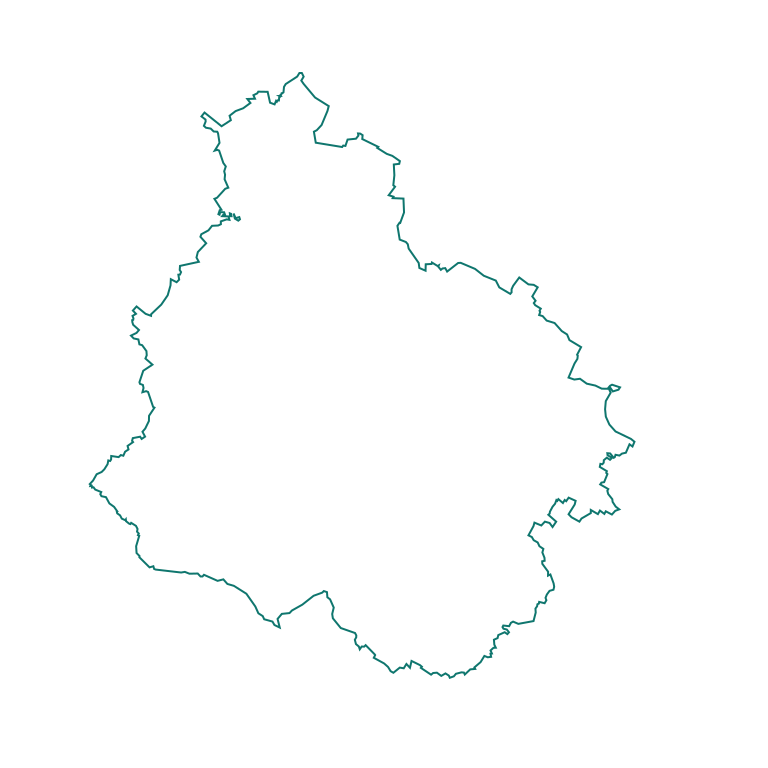 outline of Ratoath Lea-7, Meath, Ireland, rotated 17°
{"feature_id": "5873133B53714472852508", "entity_name": "Ratoath Lea-7", "entity_type": "district", "adm_level": 2, "iso_a3": "IRL", "parent_name": "Ireland", "parent_adm1": "Meath", "projection": "orthographic", "projection_center": [-6.561, 53.483], "detail": "fine", "context": "isolated", "style": "outline", "palette": "teal", "viewbox_px": 768, "rotation_deg": 17, "n_neighbors": 0, "source": "geoboundaries", "source_scale": "gbopen_adm2", "svg_char_len": 6167}
<svg xmlns="http://www.w3.org/2000/svg" viewBox="0 0 768 768"><g transform="rotate(17 384 384)"><path d="M200.8,135.0L201.4,136.1L200.5,137.8L201.3,138.6L199.6,139.2L200.8,139.5L200.0,140.7L200.6,143.6L199.3,143.9L199.0,145.4L198.0,144.8L197.6,148.6L192.8,148.3L187.3,138.6L178.3,141.2L177.8,143.1L174.7,146.0L177.2,148.9L170.0,151.4L174.1,154.3L168.7,161.5L162.3,166.4L157.9,172.6L160.4,176.5L153.3,185.0L133.0,176.9L131.2,181.5L136.0,183.3L136.7,185.2L136.3,189.8L138.8,191.0L143.6,190.4L147.3,192.3L150.8,191.5L152.0,192.8L156.2,201.5L153.9,210.3L156.1,208.8L158.1,209.0L165.7,219.6L169.1,222.2L169.0,227.3L170.8,230.3L171.7,234.8L177.7,241.8L175.1,243.7L169.9,254.7L167.7,256.5L177.6,264.9L176.1,265.8L176.0,270.0L177.2,270.2L177.1,267.6L180.9,266.5L182.6,268.8L180.9,269.0L180.2,270.8L186.3,269.2L188.2,272.2L185.5,272.5L180.4,276.2L181.3,278.9L179.1,280.9L173.3,283.0L171.2,288.4L165.5,294.2L165.4,296.9L172.8,301.4L167.4,312.2L167.7,317.9L171.2,321.3L154.4,330.7L155.3,334.7L157.2,336.3L156.9,339.0L155.4,339.6L157.6,344.1L155.9,347.3L149.5,346.1L151.0,352.1L151.2,362.4L147.8,373.2L140.9,385.4L141.3,386.9L135.5,386.6L124.7,382.2L122.4,387.2L126.3,389.4L123.6,392.4L125.2,394.5L125.4,396.0L124.5,396.6L125.3,398.5L126.8,400.7L133.9,404.0L132.4,407.5L127.9,411.7L131.3,413.6L136.1,413.2L138.5,417.6L141.4,417.6L147.2,422.0L148.7,425.9L148.4,429.4L156.9,433.2L149.9,441.7L149.6,453.8L150.6,455.2L153.7,455.4L155.2,458.1L155.4,462.5L158.6,460.4L160.7,460.6L169.9,473.4L171.4,473.7L168.6,483.1L170.0,488.1L168.7,496.4L167.0,500.3L170.9,504.2L168.3,507.4L166.2,505.7L159.6,509.2L159.7,512.0L161.0,512.9L156.9,518.2L158.8,521.3L156.2,524.4L155.7,528.8L153.1,528.9L151.6,531.5L144.2,532.6L145.1,536.0L144.6,537.7L142.7,537.7L143.1,541.5L141.5,547.3L139.7,550.7L135.6,554.3L134.0,561.4L131.9,565.7L133.1,566.2L133.0,567.4L134.3,566.8L135.0,568.4L136.4,567.7L138.7,569.4L145.2,570.0L144.9,572.3L146.6,573.9L151.2,573.5L156.3,578.5L161.8,580.4L166.2,583.8L165.8,584.2L166.7,585.7L170.0,586.8L172.6,589.4L176.4,589.9L176.7,589.0L177.4,590.6L181.2,592.1L182.4,592.1L182.8,590.7L188.3,592.2L190.7,594.7L191.0,597.4L193.2,598.7L192.9,600.5L194.3,600.7L194.4,611.6L196.8,618.0L200.5,620.0L200.7,621.2L213.4,627.9L216.7,625.7L218.3,628.1L220.0,628.2L245.1,623.6L248.5,621.9L253.4,622.3L261.3,619.7L264.8,621.7L266.7,621.1L267.6,619.1L282.4,620.9L287.5,617.8L292.7,621.0L299.4,620.9L313.7,624.8L326.0,634.4L330.9,640.0L335.9,641.4L338.2,644.0L346.8,643.8L349.7,646.5L355.5,647.4L350.9,639.8L353.5,633.7L360.6,630.7L362.2,627.5L370.4,618.9L378.6,607.1L385.9,601.6L387.0,599.6L390.3,599.7L392.2,604.5L395.4,605.7L401.3,612.5L401.7,619.1L403.6,623.0L414.0,630.0L429.1,630.6L431.0,632.5L431.5,634.4L430.9,637.1L433.2,640.9L436.7,642.4L438.4,644.8L439.4,641.6L441.9,640.9L442.8,639.1L454.2,645.3L454.8,645.8L454.3,648.8L465.8,651.2L470.6,653.4L474.3,656.7L477.4,657.4L482.0,650.6L486.0,650.1L487.3,645.2L491.8,647.8L491.3,640.8L500.5,642.3L502.9,643.3L502.3,644.7L514.0,648.2L515.5,646.0L519.0,644.6L524.1,646.4L527.4,642.8L531.3,643.9L532.8,645.7L536.3,643.1L537.5,640.1L542.4,637.1L544.8,636.6L546.2,638.2L549.9,631.7L554.5,629.8L553.3,628.6L557.7,621.7L559.5,614.7L563.1,615.0L566.2,613.6L564.7,610.8L566.0,610.2L563.8,607.7L565.8,604.3L568.0,603.5L565.7,601.0L563.9,596.4L566.9,593.8L566.7,590.7L572.0,586.1L575.1,587.1L576.1,584.9L573.2,582.9L569.8,583.1L568.4,581.8L568.7,580.1L574.5,579.0L575.2,575.3L576.9,573.5L582.6,574.1L596.3,567.0L595.9,558.2L594.5,554.5L595.4,551.8L595.1,549.8L596.3,548.7L596.1,547.0L601.7,546.7L602.5,543.3L601.0,541.3L601.3,537.7L602.8,533.4L606.2,531.2L606.0,528.1L604.5,525.1L598.8,517.5L596.9,519.3L595.8,515.5L588.0,509.7L587.1,507.3L589.3,506.1L588.3,503.3L584.7,498.8L584.6,495.1L580.1,493.7L577.3,490.6L572.8,489.6L570.1,487.1L566.4,486.5L568.5,476.2L568.4,472.6L575.8,473.3L578.1,468.6L583.0,468.5L587.0,471.5L588.9,465.3L579.4,461.0L580.3,459.5L580.0,457.6L581.1,452.0L582.6,448.5L582.8,444.6L583.9,445.1L584.4,443.1L589.9,445.5L590.7,442.1L592.5,442.8L593.8,438.7L601.4,439.7L601.6,443.5L598.6,454.6L602.3,456.6L611.1,458.5L612.2,454.9L619.5,447.0L618.6,444.0L626.6,445.9L627.5,441.9L632.7,443.8L633.3,440.9L640.1,442.2L642.2,437.7L645.6,435.1L641.4,433.5L637.1,429.9L636.0,427.4L630.6,423.7L628.8,420.8L629.2,418.9L620.1,416.8L620.8,414.7L623.2,413.5L624.0,404.8L622.5,404.0L622.6,402.2L614.6,400.2L614.3,397.1L616.3,396.9L617.1,395.0L616.5,392.6L618.6,389.3L622.3,390.4L623.6,388.0L618.6,386.7L617.8,384.9L620.6,384.3L625.3,387.4L626.1,386.4L626.1,384.0L630.1,383.6L631.9,381.0L635.4,379.0L636.4,369.9L639.9,371.1L640.4,366.0L636.2,364.3L619.3,361.7L611.4,356.9L605.7,350.4L602.8,343.5L601.1,335.5L603.3,326.0L599.8,322.1L600.6,320.7L605.0,324.2L609.9,320.9L610.7,318.2L602.3,318.0L600.7,319.6L599.2,323.2L593.6,324.8L586.6,323.7L577.8,324.4L569.9,321.7L564.7,324.1L558.6,323.9L560.2,308.7L561.6,303.4L561.0,300.2L560.1,299.6L561.7,291.1L548.5,287.8L544.6,283.1L538.5,281.4L529.3,275.8L521.0,275.8L515.9,272.7L512.2,272.7L512.3,269.5L511.3,268.5L511.9,266.1L505.5,264.4L503.6,262.8L504.6,260.1L500.2,256.9L502.7,246.6L498.2,245.4L493.0,246.5L482.2,242.6L478.8,252.3L478.3,256.1L479.2,259.1L478.4,260.9L466.0,257.9L460.7,252.4L447.8,251.3L437.4,247.3L421.9,245.7L419.5,246.6L411.5,258.0L408.7,255.3L406.2,256.4L405.0,258.2L401.7,256.0L401.7,254.5L400.8,255.5L394.3,253.8L394.4,255.3L388.9,257.3L390.6,263.5L383.9,262.7L381.8,258.1L368.0,247.3L365.9,243.4L363.4,241.8L356.8,241.3L350.6,228.8L351.7,225.2L352.4,225.2L353.0,214.1L348.4,201.0L338.0,203.7L338.3,202.1L333.3,202.1L336.9,192.1L334.8,191.2L332.9,181.4L329.2,171.2L334.2,169.0L334.0,166.2L325.3,163.4L319.3,163.1L308.5,160.2L309.2,158.9L291.6,156.1L290.8,152.3L288.0,151.5L285.9,152.0L286.9,153.9L285.5,157.6L277.7,160.9L277.5,167.6L275.3,167.9L274.7,169.6L248.2,173.2L243.2,163.2L245.5,161.0L248.6,154.6L250.1,139.4L249.9,134.4L234.3,130.2L219.4,120.5L216.2,118.0L217.3,113.6L214.5,110.6L212.2,111.3L211.1,115.4L202.3,125.9L201.5,129.1L202.6,134.5L201.6,135.9L200.8,135.0ZM190.3,264.9L193.6,268.8L196.8,266.7L198.1,268.6L196.9,270.4L193.0,269.4L190.3,264.9ZM186.7,265.9L188.0,266.0L189.1,268.1L187.8,268.5L186.7,265.9Z" fill="none" stroke="#0f766e" stroke-width="2"/></g></svg>